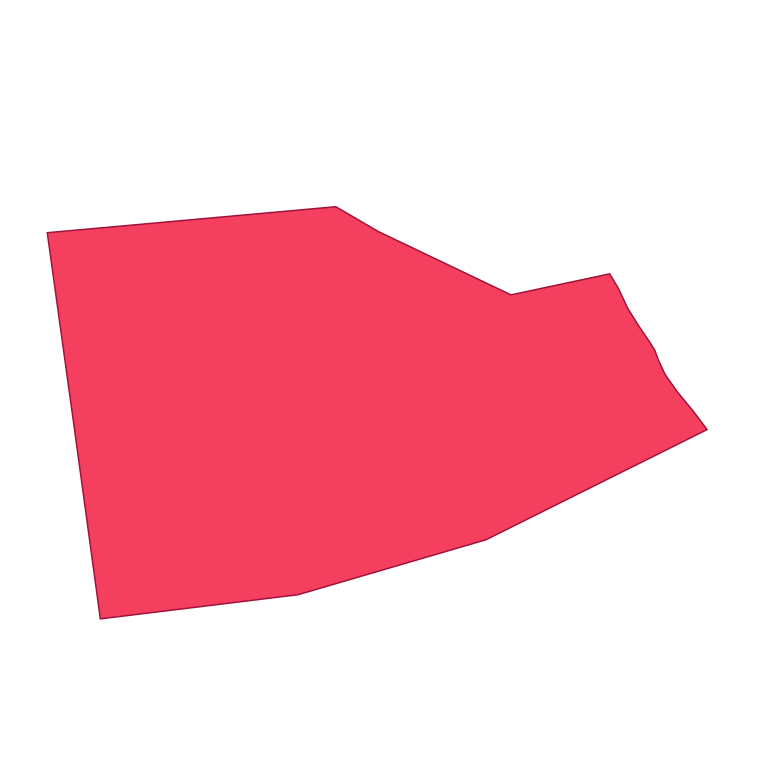 the district of Shaykh Zuwayd, Shamal Sina', Egypt, rotated 82°
{"feature_id": "37247803B84548629991625", "entity_name": "Shaykh Zuwayd", "entity_type": "district", "adm_level": 2, "iso_a3": "EGY", "parent_name": "Egypt", "parent_adm1": "Shamal Sina'", "projection": "natural_earth1", "projection_center": [33.964, 30.921], "detail": "fine", "context": "isolated", "style": "filled", "palette": "rose", "viewbox_px": 768, "rotation_deg": 82, "n_neighbors": 0, "source": "geoboundaries", "source_scale": "gbopen_adm2", "svg_char_len": 454}
<svg xmlns="http://www.w3.org/2000/svg" viewBox="0 0 768 768"><g transform="rotate(82 384 384)"><path d="M385.0,696.8L577.1,697.6L580.1,531.0L580.7,498.6L552.4,304.6L475.3,74.0L474.1,70.4L454.4,81.3L432.4,94.7L413.7,104.3L397.8,109.1L388.0,111.2L378.4,115.6L361.7,123.8L342.7,132.2L322.2,138.5L306.3,145.2L310.7,207.6L313.4,245.9L232.1,368.6L202.4,406.2L201.7,407.1L187.3,696.4L385.0,696.8Z" fill="#f43f5e" stroke="#9f1239" stroke-width="1.5"/></g></svg>